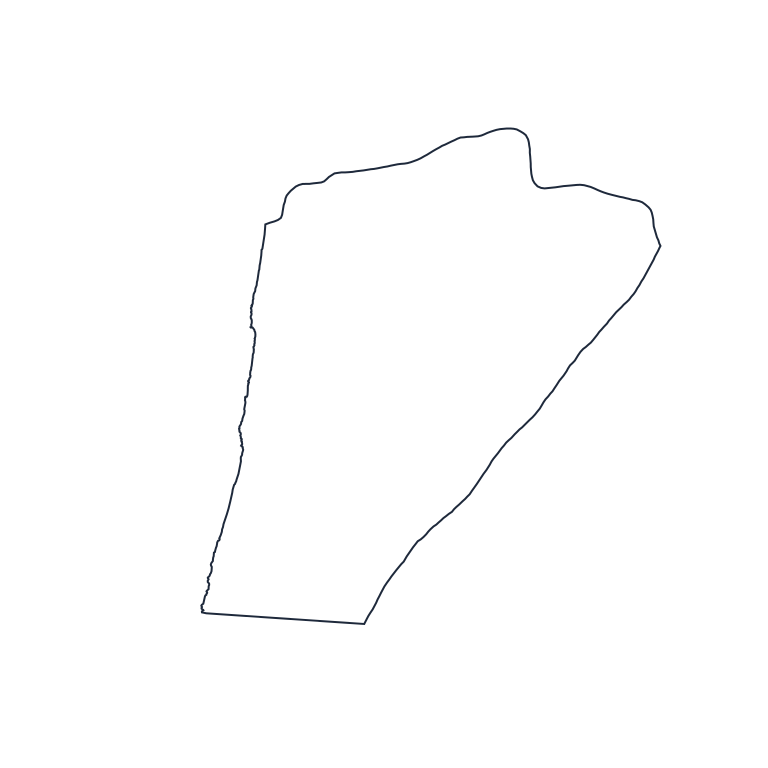 the district of Hawf, Al Mahrah, Yemen, rotated 118°
{"feature_id": "15242507B7565801089372", "entity_name": "Hawf", "entity_type": "district", "adm_level": 2, "iso_a3": "YEM", "parent_name": "Yemen", "parent_adm1": "Al Mahrah", "projection": "orthographic", "projection_center": [52.824, 16.701], "detail": "fine", "context": "isolated", "style": "outline", "palette": "slate", "viewbox_px": 768, "rotation_deg": 118, "n_neighbors": 0, "source": "geoboundaries", "source_scale": "gbopen_adm2", "svg_char_len": 6148}
<svg xmlns="http://www.w3.org/2000/svg" viewBox="0 0 768 768"><g transform="rotate(118 384 384)"><path d="M605.2,288.8L599.1,288.9L596.0,288.9L592.1,288.6L588.4,288.2L580.8,288.2L577.4,288.5L573.7,288.5L569.6,288.6L562.6,288.6L557.8,288.1L553.9,287.5L550.4,287.1L542.3,285.7L534.9,284.2L531.6,283.2L525.6,283.0L519.6,282.3L514.5,281.7L510.1,280.9L507.0,280.4L503.9,278.6L500.6,277.3L496.9,276.2L493.5,275.6L490.5,274.8L486.5,273.4L483.6,271.8L480.7,270.8L477.6,269.6L474.5,268.6L471.6,267.2L468.3,265.8L465.0,264.0L461.7,263.4L458.6,262.4L455.0,261.0L450.7,259.6L447.4,258.4L444.3,257.6L441.2,256.6L437.0,256.2L428.6,255.1L416.3,253.9L412.0,253.2L405.6,252.7L401.9,252.7L398.6,252.3L391.6,250.9L385.4,250.0L382.1,249.2L378.4,248.6L374.9,247.4L371.8,246.2L367.0,245.0L363.5,243.9L360.4,243.0L357.5,241.7L347.1,238.5L343.8,237.3L339.9,236.3L336.6,235.7L332.7,234.9L328.7,234.7L325.4,234.6L321.7,234.2L318.0,233.2L314.3,232.6L311.4,231.8L307.7,231.5L304.0,231.1L298.8,230.7L292.4,229.4L287.0,228.8L283.9,228.8L280.2,228.5L276.7,227.3L273.8,226.5L267.4,226.1L263.3,225.6L259.5,224.6L256.6,223.2L253.3,222.0L250.4,220.8L246.7,220.0L240.3,218.8L237.0,218.4L234.1,217.6L230.2,216.7L226.0,215.5L222.3,215.1L219.2,214.3L211.6,212.7L204.7,210.4L201.4,209.6L197.7,208.2L194.6,207.2L190.7,206.6L187.4,205.8L184.2,205.4L180.1,205.3L176.8,204.9L172.7,204.9L168.8,204.5L147.5,204.3L144.4,204.6L138.0,204.5L134.3,204.7L132.3,204.7L130.6,207.0L128.4,209.1L126.3,211.9L118.2,219.8L115.3,221.7L112.2,223.6L109.5,225.8L106.9,228.1L105.0,230.4L103.8,233.3L102.8,237.6L102.3,241.3L102.7,244.4L103.6,248.0L104.8,251.1L105.5,254.6L106.3,257.5L107.0,260.5L108.0,263.6L110.0,271.6L111.0,275.9L111.7,279.9L112.1,283.0L112.4,286.3L112.6,290.0L113.0,294.1L114.5,300.6L116.0,304.3L117.7,307.2L122.5,314.5L125.0,318.4L129.8,324.9L135.9,334.0L137.1,337.3L137.4,341.2L136.0,345.3L134.2,348.2L131.5,350.7L129.2,352.6L123.5,356.3L120.4,358.0L114.5,361.7L111.4,363.8L108.1,365.5L105.4,367.6L102.6,369.6L100.3,371.7L97.7,375.6L97.1,378.7L96.9,382.0L96.9,386.3L97.8,389.4L99.1,392.4L100.9,395.7L104.5,401.2L106.8,404.0L109.3,406.5L111.6,408.7L113.9,410.7L116.4,412.6L118.8,414.6L121.1,417.2L123.6,421.2L126.8,426.6L128.7,429.3L130.4,432.1L132.9,434.3L135.6,436.2L138.4,438.4L143.9,442.4L146.4,444.5L149.1,446.1L152.4,448.3L155.3,450.1L161.5,453.7L164.0,455.4L167.5,457.6L170.4,459.8L173.1,462.2L175.6,464.5L177.9,466.9L179.8,469.4L181.7,472.4L183.6,475.1L188.1,480.6L190.4,483.2L192.5,486.0L196.7,491.1L198.8,493.8L200.5,496.4L205.0,502.3L209.2,508.4L211.3,511.1L213.6,514.7L215.5,517.8L217.0,520.7L219.3,523.9L221.3,526.6L227.0,529.8L230.1,530.8L233.2,532.0L235.5,534.0L237.8,537.3L239.8,540.3L242.3,543.8L245.5,549.7L248.2,552.5L251.1,554.6L257.1,557.0L260.2,557.8L263.3,558.4L266.4,558.1L269.5,557.1L273.0,556.6L279.2,554.5L282.4,553.4L285.7,553.0L288.9,554.6L291.8,557.0L295.2,560.5L298.8,563.7L301.9,562.3L308.1,559.6L321.6,554.9L322.3,554.9L323.1,555.1L324.6,554.3L328.2,552.7L335.4,550.1L337.6,549.5L341.6,547.8L342.4,547.8L351.9,544.4L353.5,544.1L356.6,542.8L360.0,542.4L362.4,541.4L363.0,541.3L363.4,541.4L365.7,541.3L368.8,540.2L370.1,539.3L371.4,539.2L374.6,537.7L375.0,537.6L375.5,537.7L376.5,537.4L376.5,537.8L377.1,537.8L377.3,537.3L377.8,537.0L378.5,537.2L379.4,537.2L380.0,536.8L380.1,536.3L382.2,535.0L382.6,534.9L382.9,535.2L383.3,535.0L383.5,534.6L384.0,534.0L385.1,533.5L386.9,533.4L388.3,532.6L388.9,531.6L389.3,531.4L389.6,530.8L391.8,529.6L393.0,529.2L394.1,529.1L394.6,528.7L395.2,528.1L395.5,527.9L396.5,528.5L396.7,528.1L396.0,526.8L395.9,526.4L396.7,524.7L397.1,523.9L398.0,523.2L398.7,522.1L400.6,520.8L402.7,519.8L403.3,519.8L404.0,519.5L404.6,519.6L405.3,518.9L406.3,518.5L406.9,518.5L407.5,517.9L408.8,517.3L409.7,517.3L410.6,516.6L412.1,516.5L412.5,516.7L413.1,516.4L414.6,515.1L415.2,515.0L415.5,514.7L417.6,513.8L419.3,513.7L421.3,512.9L422.1,512.4L423.2,512.1L430.0,509.4L432.0,508.9L432.7,508.5L434.0,508.0L434.8,508.1L436.7,507.5L437.7,507.0L438.9,506.5L439.4,505.7L439.8,505.6L440.4,505.3L441.3,505.3L441.8,505.5L443.0,505.4L443.4,505.1L443.7,505.1L444.1,505.1L444.4,505.3L445.2,505.4L445.7,505.0L445.8,504.7L445.7,504.6L445.7,504.3L445.8,504.1L446.1,503.9L446.3,503.9L446.6,504.0L447.5,504.0L447.7,503.7L448.4,503.6L449.0,503.4L449.4,503.4L451.6,502.3L453.7,501.2L457.5,499.5L458.6,499.2L459.4,499.1L459.7,499.2L459.9,499.4L459.9,499.7L460.0,500.0L460.3,500.3L460.6,500.2L461.0,500.4L461.7,500.0L461.8,499.8L462.1,499.7L463.7,499.1L464.3,498.4L465.7,497.5L471.9,495.6L473.0,494.5L476.1,493.3L477.8,493.2L481.0,492.7L483.2,491.9L483.9,492.0L484.5,492.2L484.9,492.1L486.3,491.5L487.6,491.5L489.3,491.7L490.1,491.4L490.9,490.8L491.5,491.0L492.1,490.5L492.6,490.2L492.7,489.9L493.7,489.4L494.0,489.2L494.4,488.0L494.7,487.4L495.7,486.8L497.0,486.7L497.2,486.2L498.3,485.3L499.1,485.0L499.3,484.8L499.3,484.2L499.3,483.9L499.7,483.6L500.1,483.7L500.6,483.6L500.9,483.5L501.1,482.9L501.4,482.5L501.6,482.4L501.9,482.6L502.4,481.9L503.6,481.0L504.1,480.9L504.8,481.2L505.6,481.2L505.7,479.9L506.0,479.7L506.1,479.0L507.0,478.6L508.1,477.5L509.0,477.2L509.8,477.1L511.8,476.7L513.0,476.1L513.9,476.0L515.6,476.1L516.8,475.6L519.5,474.0L531.7,470.3L537.6,469.3L539.6,468.8L540.7,468.9L542.1,468.6L543.4,469.0L548.3,468.0L551.4,466.9L560.2,464.5L566.9,462.8L572.8,461.6L583.1,459.9L585.9,459.0L588.4,458.7L590.6,457.8L594.1,457.2L597.6,457.0L597.9,456.4L598.6,456.1L599.4,456.1L600.3,456.9L602.2,456.9L603.1,456.5L605.9,455.6L607.4,455.5L610.5,454.8L611.6,454.4L612.7,455.0L616.1,453.5L617.2,453.4L619.4,452.6L620.6,452.0L623.3,452.4L624.8,452.1L625.7,451.3L626.0,450.5L627.1,449.8L630.3,448.4L632.5,448.1L633.7,448.3L634.7,448.0L635.8,448.0L637.6,448.7L638.2,448.3L638.4,447.8L638.8,447.2L639.5,447.2L640.3,447.3L641.5,446.7L641.9,445.9L642.1,445.1L642.6,444.5L643.6,444.0L644.8,443.9L647.5,442.6L650.0,443.4L650.6,443.3L651.0,442.4L651.4,442.1L652.0,442.1L652.9,442.2L653.6,441.9L654.4,442.4L655.5,442.4L662.8,440.4L664.5,441.2L665.5,441.2L666.0,440.6L666.3,440.0L666.7,439.9L667.2,440.0L668.0,439.6L668.4,438.2L668.3,437.7L668.5,437.3L669.0,437.6L670.3,438.0L671.1,437.5L669.9,433.3L605.2,288.8Z" fill="none" stroke="#1e293b" stroke-width="2"/></g></svg>